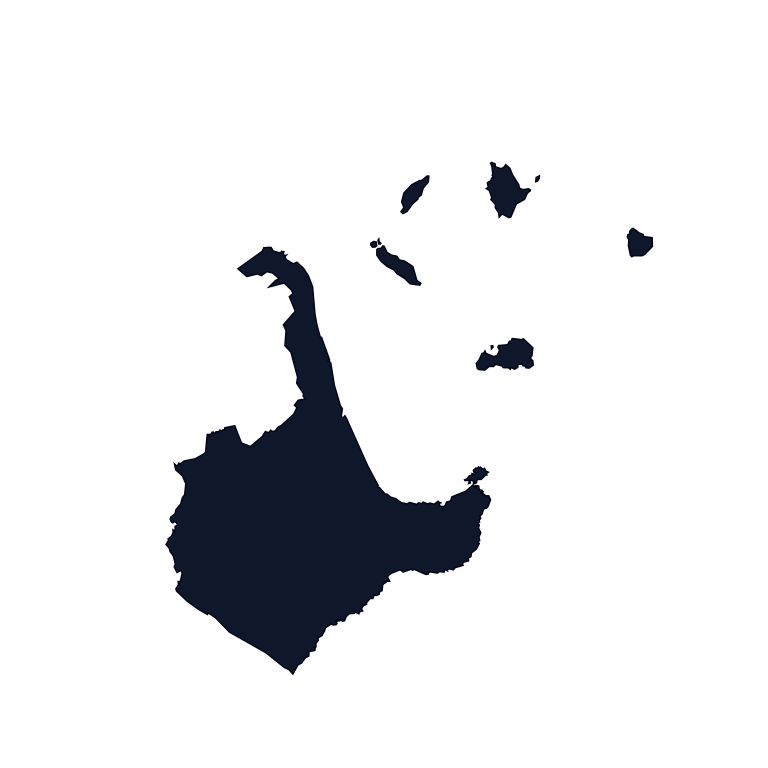 Cagayan, Cagayan, Philippines (Mercator projection), rotated 45°
{"feature_id": "2640588B33083527354868", "entity_name": "Cagayan", "entity_type": "district", "adm_level": 2, "iso_a3": "PHL", "parent_name": "Philippines", "parent_adm1": "Cagayan", "projection": "mercator", "projection_center": [121.776, 18.537], "detail": "fine", "context": "isolated", "style": "filled", "palette": "ink", "viewbox_px": 768, "rotation_deg": 45, "n_neighbors": 0, "source": "geoboundaries", "source_scale": "gbopen_adm2", "svg_char_len": 6161}
<svg xmlns="http://www.w3.org/2000/svg" viewBox="0 0 768 768"><g transform="rotate(45 384 384)"><path d="M325.7,619.8L328.0,623.7L327.3,629.0L328.7,631.0L331.5,631.9L332.9,631.4L332.9,629.6L335.3,628.8L338.1,629.8L336.9,632.3L340.3,635.8L337.9,636.3L340.0,638.3L341.3,641.8L340.9,646.3L342.1,646.5L343.4,651.6L348.1,651.9L351.2,653.7L356.8,654.6L363.9,659.0L364.9,661.6L371.0,663.7L371.9,659.4L374.9,660.3L379.8,667.9L378.1,669.2L380.5,671.1L381.7,676.0L383.8,677.1L398.9,676.7L412.7,674.4L422.1,671.8L421.6,670.1L430.1,668.4L450.1,668.7L490.7,657.5L514.0,654.9L518.6,653.2L524.7,653.5L521.8,643.8L523.0,639.5L522.0,633.1L523.2,629.6L520.2,626.3L523.5,621.3L522.2,619.6L520.8,620.0L521.8,618.2L519.1,615.2L518.9,612.0L516.9,610.2L518.1,605.4L517.5,604.2L516.8,605.0L516.7,604.9L517.4,604.0L516.7,601.1L515.0,597.6L516.4,590.9L518.6,590.2L520.3,588.0L520.0,586.5L517.8,585.7L519.1,584.1L518.4,582.9L519.8,582.8L519.1,581.8L520.9,581.6L521.1,580.6L522.4,581.2L523.5,579.4L521.7,575.2L521.9,571.0L525.2,567.1L525.1,565.5L528.7,564.3L527.9,562.3L529.4,559.6L527.0,558.9L526.1,555.4L527.4,552.1L526.3,551.2L525.8,545.5L527.8,543.6L526.2,540.2L528.2,539.0L529.2,536.0L527.7,533.7L528.8,531.5L524.9,526.7L525.8,521.2L527.5,519.5L523.2,518.3L522.5,516.4L523.2,512.1L526.8,503.9L530.6,503.4L534.1,495.9L536.0,495.4L536.1,493.8L548.4,489.0L549.6,487.0L548.9,486.2L549.6,484.1L555.3,480.1L556.0,477.3L559.5,474.6L558.3,472.0L561.0,471.2L560.1,470.6L560.6,468.8L564.4,466.4L564.2,463.5L568.1,456.3L566.8,456.0L566.2,453.9L568.8,449.3L566.7,447.4L567.5,444.6L565.3,441.7L566.0,435.8L565.4,432.9L564.3,432.9L565.0,432.3L564.1,429.4L561.9,429.2L562.3,427.0L559.4,425.2L557.6,420.8L552.6,419.0L551.2,416.5L548.3,415.4L549.2,414.1L547.2,412.7L547.5,411.4L547.2,410.6L544.9,409.3L545.4,406.8L542.8,402.0L544.3,399.0L544.1,396.9L541.2,390.5L537.1,389.0L535.0,391.1L532.1,391.4L531.7,392.6L530.4,391.9L530.9,391.7L530.3,390.4L529.4,392.4L528.7,390.8L529.6,390.4L528.5,389.8L526.2,391.4L523.0,389.2L520.8,390.9L522.0,391.3L522.3,392.4L518.3,392.4L517.7,401.8L511.8,415.9L513.8,419.6L511.8,423.1L513.1,426.6L512.8,425.4L513.6,426.1L513.6,427.4L513.3,426.6L512.8,428.7L509.9,430.8L507.4,429.3L508.6,427.3L507.0,428.8L505.2,428.6L504.5,433.5L500.5,435.9L499.6,438.0L495.2,439.8L495.3,441.9L492.4,443.7L492.3,445.9L485.8,449.7L485.3,452.2L480.3,455.7L473.4,456.8L468.6,459.3L463.9,459.7L462.7,461.0L453.8,460.4L452.3,461.6L451.7,459.9L430.1,453.3L381.9,434.9L378.8,434.1L379.0,436.6L376.9,437.4L372.0,430.9L368.4,430.2L349.8,420.0L331.4,406.7L328.7,406.9L329.3,406.4L328.2,405.3L306.2,394.9L307.4,395.8L305.2,395.6L294.9,389.7L285.9,383.5L264.7,365.7L254.0,361.0L245.3,359.1L236.3,359.5L234.9,363.2L227.1,365.1L224.0,364.2L223.8,362.0L222.9,363.9L220.2,362.7L219.8,361.3L217.7,362.6L218.1,363.8L216.9,365.4L211.6,368.3L207.6,367.3L205.9,368.9L202.6,372.8L204.0,375.9L203.6,379.2L199.2,405.8L211.0,405.0L216.6,395.8L220.7,394.0L221.7,387.4L226.7,384.3L235.3,383.6L234.1,387.7L234.1,396.7L242.0,383.2L252.1,383.0L255.6,384.3L255.3,389.2L269.8,395.2L271.0,413.3L277.0,415.5L286.8,426.9L295.7,427.3L318.1,440.3L321.7,445.2L333.9,447.8L335.4,449.8L339.0,450.1L334.8,456.1L335.7,462.4L339.1,462.2L341.5,469.1L340.7,486.3L339.6,489.0L340.2,494.5L338.5,496.5L336.5,496.9L337.1,499.9L333.7,501.5L335.1,507.0L333.7,522.6L324.9,526.5L308.0,519.1L302.4,527.4L303.9,529.4L302.5,530.1L302.5,531.8L300.5,532.6L301.0,534.3L299.0,536.6L299.2,539.0L297.2,538.7L296.5,539.7L297.8,543.5L296.9,543.0L297.1,544.0L295.7,543.5L294.7,544.7L306.1,558.4L306.0,561.0L303.3,570.5L297.2,579.6L296.2,585.5L295.0,585.0L295.9,588.5L292.4,588.7L297.5,592.0L306.4,591.5L314.3,594.6L321.3,603.2L321.9,607.1L325.1,612.6L325.7,619.8ZM355.6,176.3L350.2,162.9L352.8,154.1L350.4,147.6L350.8,143.9L349.9,143.3L348.1,143.8L344.7,148.5L341.1,149.7L338.4,147.8L326.8,145.2L320.5,142.5L315.0,142.8L315.5,146.2L314.5,149.0L309.0,151.6L306.8,149.8L303.3,151.3L303.2,152.6L306.1,153.6L312.5,158.6L312.8,159.9L315.0,160.5L314.5,162.4L315.8,164.7L314.8,168.6L318.6,171.2L318.2,173.5L321.6,172.7L328.4,176.0L329.2,178.0L335.8,178.2L338.0,180.6L344.1,181.9L347.4,184.6L347.4,180.2L354.7,178.0L355.6,176.3ZM463.6,253.1L450.7,253.5L449.8,255.4L442.5,261.2L443.7,264.0L442.5,265.0L443.6,268.9L437.9,275.7L438.4,277.4L441.8,278.3L443.1,281.5L443.8,284.2L442.0,287.2L434.2,290.3L432.1,289.3L432.7,291.5L431.7,293.2L434.2,299.6L434.7,304.2L438.8,306.9L440.8,306.8L445.4,302.9L446.0,297.1L449.0,294.3L449.1,291.1L454.5,287.9L456.9,288.0L460.5,284.5L462.9,284.2L462.2,282.3L465.9,281.2L466.8,277.7L465.0,275.5L467.7,272.1L469.5,272.9L471.2,271.4L472.8,272.2L475.4,270.1L476.2,265.0L472.7,262.3L470.7,262.6L468.9,261.5L468.5,259.3L463.6,253.1ZM321.4,280.5L311.5,282.6L307.1,285.5L302.7,284.6L298.2,287.6L293.1,288.8L286.6,286.5L285.5,287.2L286.0,290.1L283.9,292.6L284.0,294.2L287.9,298.0L294.9,299.3L302.9,298.7L310.4,296.3L315.3,296.8L324.2,294.7L331.7,294.7L339.4,288.8L338.8,286.7L334.1,287.6L321.4,280.5ZM470.2,90.9L463.3,96.1L461.4,95.1L457.7,96.7L450.1,97.7L449.6,99.1L449.7,102.0L451.6,104.4L450.8,105.9L452.1,107.9L455.1,108.9L459.1,113.4L467.4,118.8L469.3,118.7L469.7,116.9L475.8,110.8L476.7,108.2L476.5,96.9L470.2,90.9ZM268.7,205.3L267.4,206.4L266.8,213.3L265.2,215.2L262.7,223.4L263.0,234.8L267.7,242.7L273.3,245.2L274.2,250.2L276.9,250.2L278.3,245.7L276.9,236.7L277.2,229.4L276.2,227.7L276.7,224.1L273.2,217.8L272.5,209.8L268.7,205.3ZM517.8,391.4L519.3,388.6L517.4,385.7L520.2,382.7L520.2,376.5L521.1,375.6L519.7,374.7L520.1,372.6L517.3,373.5L514.1,372.3L515.7,374.1L510.9,374.7L510.9,375.8L509.4,375.9L509.9,377.7L508.4,378.3L508.2,381.8L509.8,382.8L511.4,381.9L512.2,382.2L511.8,383.7L509.5,385.1L510.7,386.4L509.2,388.6L509.8,392.6L508.7,394.8L509.4,395.1L514.4,389.9L516.6,389.6L517.8,391.4ZM278.0,289.1L275.9,290.5L275.2,293.7L276.3,295.0L279.0,295.4L280.8,293.6L281.1,291.3L278.0,289.1ZM346.7,126.9L345.5,130.2L348.2,133.7L349.1,132.1L348.4,128.8L346.7,126.9ZM278.1,286.6L281.2,288.6L282.5,287.7L282.2,286.7L279.9,286.8L277.8,285.2L278.1,286.6ZM433.8,280.0L432.8,281.2L435.1,283.2L435.1,280.9L433.8,280.0ZM513.8,392.0L513.4,393.1L514.2,394.5L515.0,392.8L513.8,392.0Z" fill="#0f172a" stroke="#020617" stroke-width="1.5"/></g></svg>